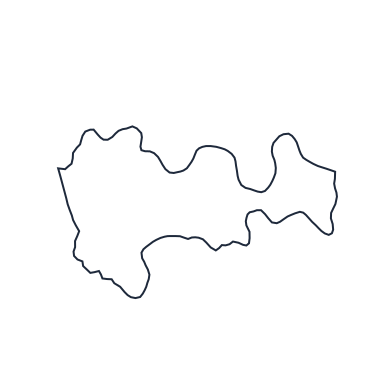 Celso Ramos, Santa Catarina, Brazil, rotated 150°
{"feature_id": "56859067B63950951197132", "entity_name": "Celso Ramos", "entity_type": "district", "adm_level": 2, "iso_a3": "BRA", "parent_name": "Brazil", "parent_adm1": "Santa Catarina", "projection": "natural_earth1", "projection_center": [-51.328, -27.652], "detail": "fine", "context": "isolated", "style": "outline", "palette": "slate", "viewbox_px": 384, "rotation_deg": 150, "n_neighbors": 0, "source": "geoboundaries", "source_scale": "gbopen_adm2", "svg_char_len": 2679}
<svg xmlns="http://www.w3.org/2000/svg" viewBox="0 0 384 384"><g transform="rotate(150 192 192)"><path d="M304.9,151.8L301.6,145.8L300.4,139.0L299.3,134.9L297.5,131.5L294.0,128.4L289.4,127.0L285.4,128.6L282.1,130.6L279.0,132.8L276.0,135.7L273.1,138.1L270.2,141.7L269.0,146.9L268.8,151.8L268.3,155.5L268.3,159.5L266.1,164.7L262.7,166.7L259.1,167.4L254.0,168.0L250.8,168.4L246.9,168.4L242.3,168.0L238.1,167.0L235.2,166.0L232.5,164.5L228.5,162.2L224.5,159.7L221.5,156.2L218.9,153.3L214.9,152.7L211.9,151.2L209.1,149.1L206.2,145.6L204.9,141.1L203.5,134.6L200.6,129.5L196.5,129.9L192.7,131.1L189.6,129.0L185.6,128.0L181.3,128.6L177.1,124.8L174.2,120.7L171.7,118.5L168.3,119.1L165.2,123.2L162.1,128.8L161.6,135.9L160.0,139.8L157.6,142.5L155.1,144.8L152.2,145.6L148.4,144.4L144.9,143.8L141.3,141.7L139.8,136.3L139.1,131.3L138.0,125.7L134.2,122.6L130.6,122.2L126.5,122.6L121.5,123.0L117.7,122.6L113.4,122.0L108.5,120.9L106.0,118.5L104.8,115.2L103.8,110.5L102.9,106.1L101.4,101.2L100.4,97.1L99.4,93.5L97.7,89.7L95.0,86.5L91.5,86.3L88.6,88.8L86.2,93.9L84.9,99.7L82.0,104.3L78.1,107.0L73.8,109.9L71.2,112.8L68.8,115.5L67.2,119.3L66.3,123.6L64.7,128.2L61.7,131.9L57.9,138.0L61.1,141.7L64.0,145.0L67.3,148.6L70.0,151.6L72.8,155.6L74.9,159.1L76.9,162.6L78.6,166.2L78.7,170.7L78.2,174.2L77.3,178.6L76.5,182.6L76.6,186.5L77.3,190.6L79.2,194.2L83.9,196.3L88.5,196.6L96.8,193.8L100.0,191.0L102.6,187.1L104.0,183.1L104.6,178.6L105.6,175.3L107.4,170.9L110.4,166.5L114.0,163.5L116.9,161.4L120.6,159.1L123.8,157.7L128.3,156.4L132.1,157.2L134.9,159.5L137.3,162.2L140.1,165.5L143.6,168.8L145.8,173.4L145.5,179.4L144.4,183.2L142.4,188.1L140.8,192.5L139.0,196.8L138.0,200.5L138.6,205.2L140.5,209.7L142.3,212.6L144.9,215.5L148.4,219.0L152.8,222.4L157.0,224.8L160.5,225.9L164.0,226.3L167.4,225.5L170.7,223.0L174.1,220.3L177.3,218.4L180.7,216.8L184.6,215.1L188.7,214.9L191.8,215.5L194.8,216.5L198.3,217.6L201.7,220.1L203.6,225.1L203.9,230.3L203.8,234.6L203.9,239.4L205.4,244.6L208.2,248.3L212.3,250.8L214.9,253.5L214.0,257.0L211.1,260.6L208.0,264.5L206.5,268.4L208.0,274.7L210.8,278.6L217.0,279.7L220.7,281.1L225.0,281.7L229.0,280.9L233.5,279.5L238.8,279.4L242.4,281.5L244.0,284.8L244.9,288.8L246.0,295.2L249.1,296.9L254.2,297.7L258.7,295.4L262.2,292.1L265.1,289.2L269.5,288.0L275.5,285.3L278.5,280.7L282.2,276.7L286.3,276.1L290.5,275.2L296.1,279.4L298.1,271.6L304.0,249.5L305.8,243.5L306.9,237.5L307.8,231.7L309.0,227.2L309.3,221.4L309.3,214.5L313.4,211.2L317.8,208.0L320.8,202.7L324.4,199.6L326.1,195.6L324.9,190.8L321.6,186.7L323.3,182.3L321.5,176.3L320.5,172.8L316.7,171.4L312.1,170.1L312.1,166.1L312.8,161.9L309.1,159.1L305.2,156.6L304.9,151.8Z" fill="none" stroke="#1e293b" stroke-width="2"/></g></svg>